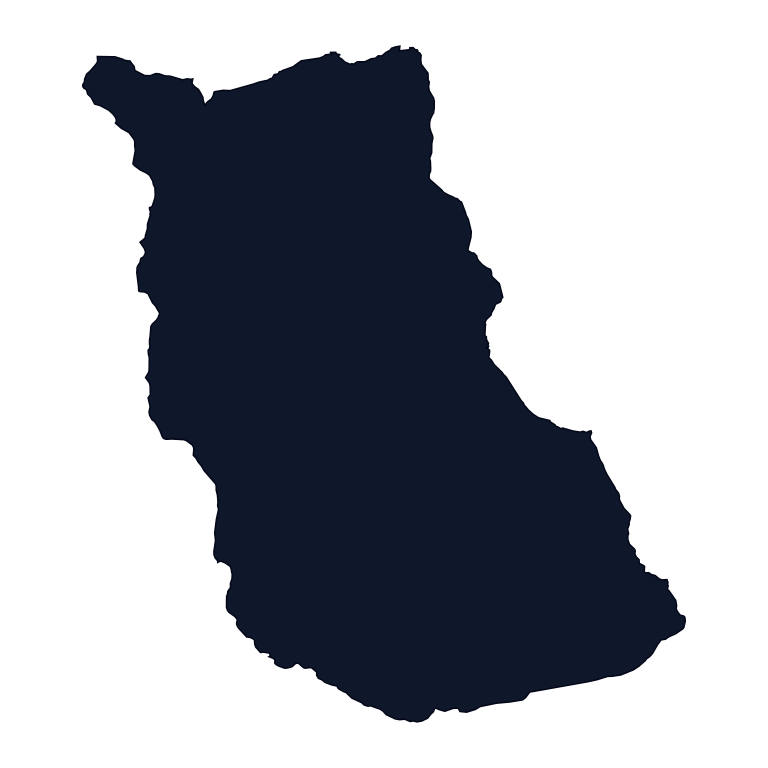 Mateesti, Vâlcea, Romania
{"feature_id": "2599482B65996963164796", "entity_name": "Mateesti", "entity_type": "district", "adm_level": 2, "iso_a3": "ROU", "parent_name": "Romania", "parent_adm1": "Vâlcea", "projection": "natural_earth1", "projection_center": [23.859, 45.065], "detail": "fine", "context": "isolated", "style": "filled", "palette": "ink", "viewbox_px": 768, "rotation_deg": 0, "n_neighbors": 0, "source": "geoboundaries", "source_scale": "gbopen_adm2", "svg_char_len": 6008}
<svg xmlns="http://www.w3.org/2000/svg" viewBox="0 0 768 768"><path d="M675.8,633.7L683.1,628.6L684.0,627.0L685.3,621.2L684.9,617.3L683.7,616.0L680.2,615.1L678.2,612.7L676.2,609.2L676.6,605.5L675.7,600.3L668.8,590.5L667.4,589.6L668.2,585.7L667.5,584.2L668.0,582.7L667.0,579.6L662.3,579.9L659.4,579.0L655.2,575.5L651.3,574.5L648.8,572.7L646.0,572.8L644.2,572.1L644.6,566.5L643.7,565.6L639.2,563.3L639.1,559.7L636.1,556.7L634.9,553.9L635.2,551.1L634.8,549.4L629.4,544.2L627.9,539.6L627.8,536.0L628.6,533.7L627.6,529.0L629.2,524.5L629.1,522.4L630.2,519.1L630.6,515.8L629.7,514.4L624.0,508.4L619.9,500.8L619.2,498.3L619.5,496.6L618.7,493.4L615.5,489.2L614.9,487.4L607.1,474.7L604.5,469.3L603.2,465.1L601.5,462.0L600.7,461.3L599.6,458.7L598.4,455.3L596.3,447.7L590.6,439.6L590.1,436.4L591.6,432.9L591.1,430.9L589.5,431.0L586.5,432.5L583.1,431.3L580.1,432.1L573.1,431.0L562.5,428.0L561.2,428.8L557.5,426.7L556.0,426.4L555.1,424.9L550.2,421.8L549.8,420.5L538.6,417.8L533.2,414.3L528.5,410.1L524.1,404.9L523.3,402.9L521.3,400.8L506.3,377.3L504.8,375.6L503.7,374.8L502.2,372.5L494.4,364.9L491.2,359.9L488.8,357.6L489.5,353.3L489.6,350.3L488.1,348.9L488.0,347.6L486.9,348.2L486.5,347.8L487.1,347.2L488.1,347.2L488.6,346.4L487.9,344.3L488.4,343.9L488.5,343.3L487.7,341.8L487.1,341.5L487.0,340.2L486.4,339.6L486.4,336.9L484.9,335.4L485.4,325.2L485.7,324.6L485.0,323.0L485.2,322.1L486.4,319.5L491.0,315.1L491.7,312.3L493.9,308.7L495.5,304.3L500.5,301.9L501.8,298.3L502.8,297.3L499.4,283.7L492.3,276.9L491.6,275.2L491.5,272.2L490.5,269.4L486.5,267.7L482.2,264.6L478.7,260.8L477.2,258.5L476.7,255.9L474.0,253.1L471.7,252.8L468.1,250.6L467.9,250.0L468.5,246.8L470.9,237.5L471.3,231.7L468.3,219.3L466.1,215.1L465.4,212.3L461.5,202.0L459.7,201.2L457.5,198.8L454.8,198.1L453.3,197.1L448.0,194.8L443.7,192.4L441.6,189.9L430.6,180.2L429.1,178.4L429.2,174.3L430.5,171.3L430.7,169.1L430.4,161.2L429.7,158.3L431.7,152.7L431.8,143.7L432.9,137.7L432.4,135.4L430.8,131.4L429.7,127.5L429.6,122.5L430.5,118.8L432.8,114.0L433.5,113.3L434.2,108.4L434.3,101.3L433.6,98.1L429.2,90.7L428.6,86.5L429.3,82.1L428.2,80.1L428.0,73.2L421.3,64.3L420.8,60.0L421.1,55.1L419.6,52.9L417.2,51.9L417.1,51.6L417.8,50.9L417.3,49.9L415.3,49.7L413.1,47.6L409.8,47.7L409.6,49.7L399.4,50.8L399.9,46.1L395.2,47.0L391.6,48.2L389.9,50.3L386.0,52.4L381.8,55.9L378.2,55.8L375.4,58.2L371.0,58.8L365.0,61.7L357.1,61.8L353.8,64.1L352.0,63.7L349.9,64.2L344.9,62.0L341.5,58.8L340.1,58.2L338.2,56.0L338.3,55.3L339.7,55.0L339.7,54.6L336.7,54.0L336.0,53.3L335.8,52.3L329.9,52.4L331.8,53.3L332.0,54.0L325.5,54.8L323.3,56.6L319.4,58.1L301.2,60.8L292.9,66.8L283.1,70.3L280.7,71.6L279.4,71.6L278.6,73.2L277.3,74.1L274.3,74.5L272.0,78.3L269.9,78.8L267.8,80.2L259.0,82.1L253.0,84.2L230.1,90.6L223.2,90.3L215.0,91.6L214.1,92.1L213.0,96.1L211.3,99.1L207.6,101.7L204.7,105.3L203.3,100.4L202.9,97.3L200.2,92.3L198.4,89.4L194.8,86.8L192.3,83.9L192.1,82.3L192.8,78.9L191.2,79.3L187.3,78.8L182.6,79.8L169.9,76.1L165.0,75.9L159.4,73.9L156.8,73.6L155.5,73.6L150.2,75.7L144.6,75.5L134.9,70.5L134.2,66.6L129.8,60.8L128.8,61.0L124.5,60.2L122.7,59.2L115.0,56.8L97.3,56.5L97.6,61.1L97.2,62.4L96.1,64.1L90.2,71.0L86.6,74.1L84.7,78.9L84.3,82.3L82.9,84.4L82.7,85.8L83.0,87.0L83.9,88.2L86.6,89.8L87.6,94.0L91.1,97.4L94.7,104.1L99.9,105.5L108.8,110.2L113.1,114.2L115.6,117.6L116.1,119.0L116.3,120.9L116.0,122.3L115.4,123.1L121.3,128.3L129.0,132.6L133.6,138.8L134.7,141.1L134.7,145.9L135.3,150.5L133.0,163.2L133.1,164.2L135.2,166.3L140.3,170.0L146.5,173.0L149.6,175.4L152.7,181.0L153.4,184.5L154.9,187.8L155.2,195.1L154.8,198.4L152.2,206.2L151.2,207.1L149.5,207.5L149.5,209.3L150.5,211.9L150.0,213.7L150.1,215.7L147.5,224.1L147.4,228.9L145.3,236.0L145.4,237.5L144.0,239.0L140.0,242.2L144.4,248.6L145.3,251.3L145.4,253.2L143.6,256.7L140.8,258.5L139.9,262.7L137.8,265.7L137.1,267.4L136.8,272.8L138.5,286.6L138.7,290.9L139.8,291.6L144.5,292.0L148.0,293.7L152.5,302.8L155.4,305.9L159.7,313.3L158.1,317.5L156.5,320.1L152.3,324.1L150.9,326.4L150.1,336.5L149.5,340.1L149.5,344.5L149.9,345.0L149.7,347.1L149.6,348.4L148.1,350.2L148.4,354.1L149.3,357.8L149.1,370.2L148.6,372.4L145.5,377.6L149.0,382.3L149.6,383.7L150.1,386.0L150.3,394.7L148.1,397.8L150.1,406.7L149.0,412.2L149.7,415.5L151.9,419.6L154.6,421.6L157.4,425.9L160.0,430.8L162.3,436.7L163.6,438.5L166.1,439.3L171.9,439.0L183.8,439.7L186.1,440.5L192.2,444.9L193.4,447.0L193.8,449.1L193.3,455.3L196.0,458.2L198.1,461.9L201.4,465.9L204.3,470.9L215.6,483.9L216.2,486.0L216.2,490.2L217.4,495.0L218.0,502.2L217.6,505.5L218.5,509.6L216.4,519.2L214.7,532.8L215.5,540.6L213.9,551.5L214.0,554.8L215.2,558.0L217.7,560.9L217.7,562.4L219.8,561.3L221.6,561.4L225.3,563.0L230.2,566.4L231.3,569.3L231.6,572.0L232.2,574.0L232.0,578.7L230.4,583.6L230.5,587.5L227.9,591.2L227.4,594.4L226.6,596.2L226.5,607.4L227.4,610.2L228.9,612.3L234.7,616.4L236.8,618.8L237.3,620.2L236.6,622.5L236.7,624.4L237.4,626.3L238.8,628.4L246.6,636.9L250.1,637.4L253.7,639.2L254.5,640.4L254.7,644.0L255.7,647.1L260.5,652.5L263.2,652.1L269.1,653.1L269.8,653.9L270.2,655.8L268.9,656.7L272.9,658.2L274.3,659.2L275.0,660.7L274.7,663.0L275.7,664.3L278.5,666.0L284.3,668.1L286.8,668.1L290.8,667.2L292.3,666.5L295.5,663.6L297.2,663.1L298.7,663.5L303.3,667.5L304.9,668.2L310.5,667.6L311.7,667.9L316.7,672.1L316.7,675.5L318.4,678.3L322.0,679.9L325.0,682.4L331.9,685.0L336.9,686.0L338.0,688.2L339.0,689.1L344.0,691.8L346.0,692.5L351.8,698.1L361.7,702.7L364.1,705.0L367.9,706.2L370.5,705.8L380.4,709.3L383.3,711.4L386.1,714.6L395.2,718.9L399.6,719.7L404.7,719.2L410.1,721.5L413.4,721.0L417.1,721.9L421.9,721.0L427.6,718.2L430.7,714.3L433.4,711.8L434.6,708.8L435.7,708.0L438.6,709.4L444.8,711.3L452.9,708.4L457.1,708.2L458.3,708.3L459.9,711.5L466.6,712.2L475.3,709.5L480.0,706.6L496.5,703.2L509.7,702.0L522.6,699.9L525.5,697.7L529.7,692.1L588.1,681.7L597.1,679.7L607.7,676.4L612.0,676.3L620.7,675.0L633.1,670.0L638.8,666.3L645.3,660.6L646.6,658.7L649.2,657.0L651.3,654.9L652.6,653.3L657.5,644.8L661.1,639.9L665.5,639.2L668.8,636.8L675.8,633.7Z" fill="#0f172a" stroke="#020617" stroke-width="1.5"/></svg>